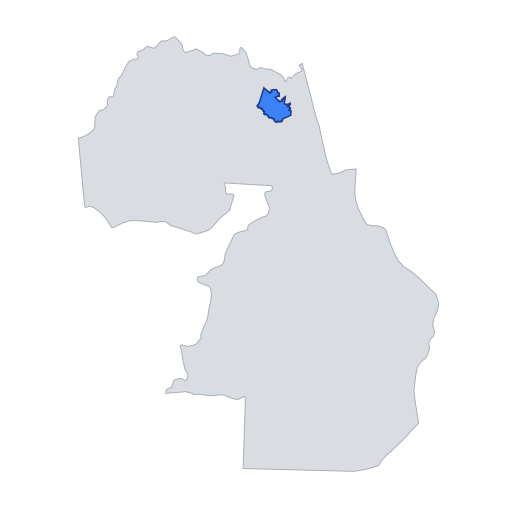 location of Mambwe, Eastern, Zambia, rotated 274°
{"feature_id": "96606910B40356469041881", "entity_name": "Mambwe", "entity_type": "district", "adm_level": 2, "iso_a3": "ZMB", "parent_name": "Zambia", "parent_adm1": "Eastern", "projection": "orthographic", "projection_center": [32.063, -13.357], "detail": "fine", "context": "in_parent", "style": "filled", "palette": "blue", "viewbox_px": 512, "rotation_deg": 274, "n_neighbors": 0, "source": "geoboundaries", "source_scale": "gbopen_adm2", "svg_char_len": 8504}
<svg xmlns="http://www.w3.org/2000/svg" viewBox="0 0 512 512"><g transform="rotate(274 256 256)"><path d="M349.7,349.8L325.6,350.1L316.9,352.1L309.7,355.2L301.3,360.0L296.3,363.3L295.0,365.1L294.4,369.1L294.5,375.2L293.7,379.7L291.2,383.7L278.3,388.8L269.9,393.0L261.7,397.8L255.6,404.1L251.5,411.7L244.6,421.2L230.2,438.2L221.7,441.5L214.5,440.9L205.7,437.6L198.8,437.1L193.8,439.4L189.0,438.9L184.6,435.5L180.9,434.3L178.0,435.3L174.3,435.3L167.4,433.5L161.3,427.7L158.0,425.4L155.5,424.5L148.3,423.7L132.0,422.9L115.3,426.4L100.6,429.9L85.0,417.2L69.8,403.7L66.6,400.2L60.9,395.7L56.8,393.6L55.3,392.5L50.7,380.1L48.0,368.7L43.1,258.0L110.4,255.5L114.7,254.9L114.9,253.7L111.6,247.9L111.7,245.8L112.4,241.7L115.1,233.6L115.2,230.9L113.6,222.2L113.6,217.4L114.1,207.5L113.5,204.2L115.0,199.7L115.4,196.7L116.0,195.4L115.2,192.1L113.5,180.4L112.6,175.5L116.7,176.1L118.1,178.5L118.9,181.1L120.8,181.2L125.7,182.6L127.4,184.7L128.6,189.4L128.0,191.8L126.5,193.8L128.1,195.5L131.4,196.5L133.3,196.1L138.6,192.8L143.6,191.4L146.2,190.5L157.4,188.1L159.6,186.9L161.2,186.8L162.3,187.7L161.4,191.1L161.1,194.1L162.6,199.6L163.7,202.2L166.1,204.0L167.8,204.9L169.8,206.9L173.7,206.4L182.4,209.1L185.0,210.3L188.7,211.5L191.2,212.0L200.1,212.8L209.6,214.1L214.4,214.2L217.9,213.7L220.3,212.8L221.7,211.9L222.4,211.1L225.8,200.4L227.5,199.6L229.9,199.0L231.3,199.9L232.9,206.6L239.8,212.5L242.2,217.5L244.0,221.8L245.5,223.0L248.1,224.4L252.2,224.9L255.9,225.0L274.3,232.1L276.3,233.4L278.6,237.3L280.0,241.7L281.5,245.2L283.9,245.9L286.0,246.1L288.1,248.5L289.7,250.6L295.2,259.3L296.0,262.7L298.7,265.0L302.2,266.0L305.5,266.0L307.4,265.0L312.0,263.1L315.7,261.0L318.3,260.3L319.9,260.7L321.1,262.1L321.9,266.5L324.5,267.9L326.4,267.3L327.2,265.6L327.2,264.7L326.7,219.2L325.1,219.5L323.0,220.8L318.1,221.0L316.3,222.0L315.7,223.5L316.1,225.4L316.2,227.9L315.5,229.2L313.4,229.7L310.3,228.7L304.7,227.5L300.0,226.7L296.7,223.3L292.1,218.3L289.1,215.7L281.9,210.4L280.7,209.4L278.5,206.9L276.6,202.6L274.7,197.7L273.7,194.6L275.4,189.8L279.4,173.9L280.3,169.0L283.7,163.9L283.9,159.5L282.5,153.8L282.8,150.6L283.1,132.6L282.1,126.9L279.6,120.6L274.4,111.9L274.4,110.0L282.3,104.2L284.7,102.0L288.8,97.3L291.6,93.3L293.3,90.1L293.9,86.0L292.5,82.1L295.3,81.3L361.2,70.5L362.1,73.2L364.2,77.7L366.5,81.0L369.3,83.9L371.7,85.6L373.3,86.1L383.5,85.9L387.1,87.6L390.3,89.9L391.1,93.3L393.2,95.5L395.5,97.2L396.4,97.4L398.1,96.9L400.8,96.9L403.3,97.6L404.6,98.4L404.7,101.3L405.4,102.6L408.9,103.1L412.4,103.3L415.8,105.3L419.4,105.6L423.6,106.4L425.6,108.5L430.1,110.7L435.6,112.7L441.6,115.9L441.7,116.9L442.8,118.7L443.8,120.1L443.9,122.1L444.4,123.9L446.0,124.4L447.2,124.5L448.4,123.2L450.0,123.2L451.8,124.1L452.4,126.2L453.8,129.1L456.0,131.1L457.5,133.0L457.0,136.4L456.0,139.5L459.0,142.7L463.0,145.6L464.0,146.9L464.3,151.3L464.9,152.8L467.6,156.5L468.9,158.9L468.8,160.3L461.6,167.5L457.1,168.6L455.2,170.0L454.1,171.6L456.9,178.8L458.4,181.5L457.1,184.9L454.2,190.7L452.9,191.2L452.7,195.6L453.5,197.2L454.9,198.5L455.5,201.5L455.4,208.9L453.5,217.3L456.7,224.7L457.8,225.5L462.3,225.5L463.0,226.2L461.9,228.3L458.8,231.5L453.1,234.0L445.0,236.7L443.3,239.3L442.2,243.2L443.1,245.5L444.2,246.8L443.8,250.2L443.1,253.7L443.3,256.5L442.9,259.0L441.9,260.2L440.4,263.9L438.7,267.7L437.3,269.4L435.3,271.2L432.1,272.7L432.1,273.4L435.7,275.2L436.7,276.4L437.0,277.2L435.5,279.1L437.2,280.2L439.2,281.2L441.1,283.7L443.3,288.4L443.7,288.9L444.4,289.0L445.6,288.5L447.8,286.6L449.4,285.9L451.4,288.6L417.5,300.1L409.6,302.5L397.8,306.6L393.9,308.2L390.8,309.7L359.5,318.9L354.6,320.7L343.5,325.4L343.2,326.2L343.3,328.3L344.3,332.6L346.3,336.6L348.0,338.9L349.1,344.7L349.7,349.8Z" fill="#d9dde1" stroke="#a8b0b8" stroke-width="1"/><path d="M424.3,252.2L413.0,249.5L409.0,248.6L408.9,248.6L408.7,248.2L408.4,248.1L408.2,248.2L407.7,247.9L407.4,247.7L406.9,247.7L406.7,247.5L406.8,247.5L406.6,247.4L406.3,246.8L405.9,247.1L405.6,246.9L405.5,247.0L405.5,247.4L405.4,247.5L405.2,247.5L405.1,247.4L405.1,247.1L404.9,247.1L404.7,248.1L404.4,247.7L404.1,247.8L404.1,248.1L404.2,248.4L404.1,248.9L404.3,249.1L404.1,249.4L403.7,249.5L403.6,249.9L403.9,250.3L404.0,250.6L403.6,251.2L403.6,251.4L403.3,251.7L403.2,252.1L402.8,252.0L402.8,251.9L402.9,251.3L402.8,251.2L402.6,251.3L402.5,252.0L402.7,252.4L402.2,252.5L401.9,252.7L401.8,253.1L401.6,253.4L401.0,253.1L400.8,253.1L400.7,253.2L400.6,253.4L400.7,253.8L400.6,254.4L400.0,254.2L399.5,254.2L399.4,254.3L399.0,254.8L398.9,254.6L399.0,254.3L399.0,254.1L398.5,253.8L398.2,253.9L398.1,254.3L398.5,254.6L398.4,254.8L397.9,254.8L397.7,254.9L397.7,255.2L397.7,255.5L398.0,255.8L397.9,256.3L397.9,256.7L397.4,256.9L397.2,257.1L397.4,257.3L397.4,257.5L397.2,257.7L396.8,257.9L396.5,258.3L396.4,258.3L396.0,258.3L395.7,258.8L395.5,259.0L394.9,259.0L394.7,259.7L394.7,260.0L395.2,260.9L395.0,261.4L394.8,261.6L394.7,261.7L394.8,261.8L395.1,261.8L395.2,262.2L395.1,262.4L394.7,262.6L394.4,262.5L394.2,262.6L394.2,262.9L394.5,263.3L394.5,263.5L394.3,263.7L393.6,263.9L393.5,264.2L393.7,264.5L393.0,264.6L392.7,264.6L392.3,264.7L392.1,264.7L391.8,265.4L390.9,266.4L390.8,266.7L391.0,266.7L391.4,266.6L391.4,267.1L391.5,267.2L391.6,267.4L391.8,267.6L391.6,267.7L391.7,267.9L391.8,268.0L391.7,268.1L391.7,268.3L391.6,268.5L391.4,268.6L391.6,268.7L391.5,268.9L391.6,269.3L391.5,269.7L391.9,270.0L392.0,270.2L392.0,270.3L392.1,270.5L392.1,270.8L391.9,271.0L392.0,271.1L391.9,271.3L392.0,271.4L392.0,271.5L391.9,271.5L391.7,271.4L391.8,272.0L392.2,272.3L392.2,272.5L392.6,272.9L392.8,272.9L392.8,272.7L393.0,272.7L393.4,272.7L393.6,272.9L393.9,273.0L394.5,272.9L398.8,280.8L399.0,280.8L403.1,280.9L403.0,281.0L403.2,280.7L403.3,280.7L403.5,280.5L403.6,280.3L403.5,280.2L403.7,279.9L403.7,279.7L403.7,279.3L403.6,279.2L403.8,278.6L404.0,278.7L403.9,278.8L404.0,278.8L404.2,279.0L404.4,279.0L404.6,279.0L404.9,279.1L405.2,279.2L405.2,279.3L405.4,279.3L405.5,279.5L405.8,280.1L406.1,280.0L406.4,279.8L406.5,279.6L406.8,279.3L406.9,278.9L407.1,278.8L407.2,278.6L406.9,278.4L407.0,278.2L407.2,277.9L407.2,277.7L407.3,277.7L407.3,277.4L407.4,277.5L407.8,277.3L407.9,277.5L407.9,277.9L408.0,277.8L408.1,277.7L408.2,277.9L408.3,278.0L408.4,277.9L408.5,278.2L408.7,278.3L408.6,278.6L408.8,278.6L408.7,278.9L408.8,279.0L409.5,279.3L409.6,279.6L410.4,279.4L410.8,279.4L410.6,279.1L410.5,278.9L410.0,278.4L409.8,277.9L409.8,277.7L409.6,277.7L409.5,277.4L409.4,277.4L409.4,277.2L409.1,277.1L409.0,276.9L408.9,276.7L409.0,276.6L408.9,276.6L409.3,276.3L409.2,275.7L409.3,275.4L409.3,275.2L409.4,274.8L409.5,274.6L409.7,274.3L409.7,274.0L409.9,273.7L410.0,273.7L410.7,273.6L411.8,273.6L412.4,273.8L413.1,273.7L413.8,273.9L414.6,274.1L415.4,274.0L416.5,274.2L416.8,274.2L416.7,274.1L416.5,273.8L416.4,273.8L416.3,273.6L416.3,273.4L416.3,273.2L416.1,273.1L415.9,273.1L415.9,272.9L415.7,272.9L415.6,272.6L415.4,272.6L415.2,272.6L415.2,272.4L415.0,272.5L414.8,272.4L414.7,272.5L414.7,272.4L414.6,272.2L414.3,272.0L414.4,271.8L414.2,271.7L413.8,271.5L413.6,271.5L413.5,271.3L413.6,271.1L413.3,271.1L413.4,270.9L413.0,271.0L413.0,270.9L412.9,270.9L412.7,270.8L412.4,270.6L412.5,270.5L412.3,270.4L412.2,270.5L412.2,269.6L412.1,269.4L411.9,269.3L412.0,269.1L411.9,268.7L412.0,268.6L411.9,268.6L411.9,268.8L411.7,268.5L411.8,268.4L411.8,268.2L415.6,264.1L415.8,264.5L416.0,264.7L416.1,264.9L416.2,265.1L416.3,265.5L416.5,265.5L416.6,266.1L416.8,266.3L416.8,266.5L416.8,266.8L417.0,266.8L416.8,267.2L416.7,267.6L416.8,267.7L417.1,268.1L417.3,268.0L417.5,268.0L418.1,268.1L418.4,268.0L418.5,268.0L419.0,267.9L419.4,267.9L419.6,267.8L420.0,267.7L420.3,267.5L420.5,267.2L420.1,266.4L421.5,265.8L422.3,265.7L422.5,265.5L423.0,265.0L423.3,264.9L423.4,264.7L423.3,264.4L423.3,263.9L423.3,263.7L423.0,263.1L423.0,262.7L423.2,262.2L423.2,261.6L423.0,261.4L422.9,261.1L422.6,260.7L422.6,260.2L422.3,259.9L422.1,260.1L422.0,259.9L421.9,259.9L422.0,259.8L421.9,259.8L421.6,260.0L421.5,259.8L421.3,259.9L421.0,259.5L420.9,259.5L420.8,259.4L420.5,259.7L420.3,259.7L420.2,259.6L419.8,259.3L419.8,259.2L419.8,258.9L419.4,258.8L419.4,258.6L419.6,258.5L419.7,258.4L420.0,258.2L419.9,258.1L420.0,258.0L419.9,258.0L419.9,257.9L419.9,257.6L420.0,257.6L420.2,257.4L420.3,257.3L420.6,257.3L420.8,257.2L421.0,257.1L421.0,256.9L421.1,256.7L421.0,256.3L420.9,256.2L421.0,256.0L421.4,255.7L421.8,255.5L421.9,255.2L422.2,255.0L422.4,254.7L422.4,254.3L422.8,254.0L423.0,254.0L423.2,253.8L423.2,253.6L423.5,253.2L423.5,252.7L423.9,252.5L424.1,252.4L424.3,252.2L424.3,252.2Z" fill="#3b82f6" stroke="#1e3a8a" stroke-width="1.5"/></g></svg>